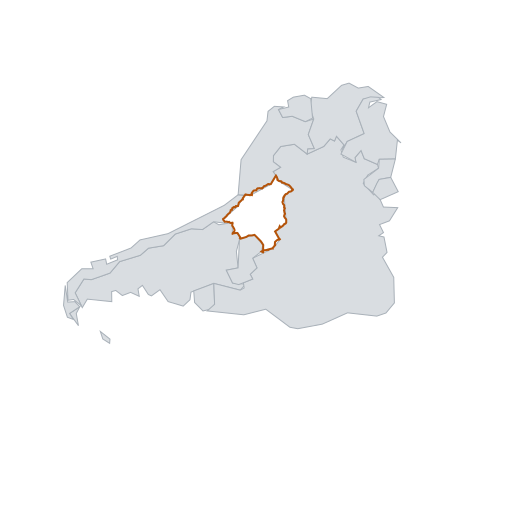 location of Bolivia within South America, rotated 58°
{"feature_id": "BOL", "entity_name": "Bolivia", "entity_type": "country or territory", "adm_level": 0, "iso_a3": "BOL", "parent_name": "South America", "parent_adm1": "", "projection": "robinson", "projection_center": [-65.153, -16.301], "detail": "fine", "context": "in_parent", "style": "outline", "palette": "amber", "viewbox_px": 512, "rotation_deg": 58, "n_neighbors": 12, "source": "natural_earth", "source_scale": "50m", "svg_char_len": 9047}
<svg xmlns="http://www.w3.org/2000/svg" viewBox="0 0 512 512"><g transform="rotate(58 256 256)"><path d="M205.6,432.3L209.5,438.9L221.0,443.5L205.9,444.5L205.6,432.3ZM256.9,306.3L252.2,330.3L258.1,335.2L259.9,344.3L248.1,354.7L233.7,355.3L234.4,365.8L231.6,367.7L220.7,367.9L221.3,373.5L228.3,376.4L220.4,381.6L218.7,390.3L210.9,393.2L209.7,397.3L218.3,402.5L203.2,421.9L207.7,430.7L191.4,428.9L184.3,414.1L188.8,408.2L193.1,388.9L188.5,374.6L194.1,353.7L192.4,343.0L198.3,328.9L194.6,312.8L198.7,296.3L205.2,287.4L204.5,273.8L209.8,271.0L215.0,258.5L224.3,264.0L226.3,259.4L231.9,259.7L241.7,270.2L256.6,277.5L252.3,288.7L266.5,290.2L274.4,279.7L276.6,287.5L256.9,306.3Z" fill="#d9dde1" stroke="#a8b0b8" stroke-width="1"/><path d="M205.6,432.3L205.9,444.5L212.9,444.6L208.0,448.4L195.9,445.4L179.9,433.4L195.3,440.1L198.7,433.9L205.6,432.3ZM198.5,234.3L204.2,244.7L207.4,264.4L211.5,265.1L204.5,273.8L205.2,287.4L198.7,296.3L194.6,312.8L198.3,328.9L192.4,343.0L194.1,353.7L188.5,374.6L193.1,388.9L188.8,408.2L184.3,414.1L191.4,428.9L205.8,430.4L196.2,433.7L193.9,438.9L178.5,430.2L174.5,410.5L180.5,400.9L173.7,399.3L178.8,385.1L183.9,387.0L185.9,375.4L182.8,373.9L181.6,380.9L178.7,380.1L183.0,357.7L180.9,345.8L190.4,318.8L196.2,256.0L194.6,238.7L198.5,234.3Z" fill="#d9dde1" stroke="#a8b0b8" stroke-width="1"/><path d="M237.5,428.0L249.1,423.9L252.5,426.4L245.2,429.9L237.5,428.0Z" fill="#d9dde1" stroke="#a8b0b8" stroke-width="1"/><path d="M256.9,306.3L275.0,316.7L277.7,320.6L274.5,330.1L262.9,332.7L252.6,327.3L256.9,306.3Z" fill="#d9dde1" stroke="#a8b0b8" stroke-width="1"/><path d="M276.7,326.5L275.0,316.7L256.9,306.3L276.6,287.5L276.8,283.0L272.0,280.8L273.8,271.0L268.4,270.6L266.6,261.5L256.1,260.0L258.5,237.7L254.9,227.0L245.4,226.8L243.7,212.6L219.3,200.0L219.6,189.7L204.9,196.9L193.5,196.8L193.8,188.2L185.3,191.4L180.1,188.0L176.2,177.0L181.6,164.2L196.7,158.6L199.0,140.5L196.0,131.0L200.1,128.5L197.1,124.3L208.5,122.5L210.9,127.7L218.5,129.6L229.5,121.6L225.0,119.9L222.2,111.0L230.9,112.6L242.7,104.5L246.5,105.5L246.6,118.4L251.3,126.6L266.6,123.8L266.7,119.8L282.0,122.0L290.1,110.2L296.9,124.2L294.8,134.6L303.7,135.5L303.9,141.2L307.7,137.4L322.4,143.0L324.0,149.4L347.1,150.5L369.1,163.5L373.2,176.0L371.0,185.4L352.7,208.5L348.9,235.9L339.8,259.1L334.4,265.0L306.3,275.9L299.4,297.5L276.7,326.5Z" fill="#d9dde1" stroke="#a8b0b8" stroke-width="1"/><path d="M196.7,158.6L181.6,164.2L176.2,177.0L180.1,188.0L185.3,191.4L193.8,188.2L193.5,196.8L198.6,196.5L203.0,205.7L201.6,228.1L194.6,238.7L166.4,217.6L147.2,175.1L139.7,169.1L138.8,161.1L144.3,153.5L143.7,159.3L152.7,160.0L156.7,151.2L168.2,143.0L170.4,134.4L180.7,147.3L195.9,149.6L192.7,155.4L196.7,158.6Z" fill="#d9dde1" stroke="#a8b0b8" stroke-width="1"/><path d="M211.8,127.0L208.5,122.5L197.1,124.3L200.1,128.5L196.0,131.0L199.0,140.5L196.7,158.6L192.7,155.4L195.9,149.6L180.7,147.3L170.4,134.4L158.8,131.9L150.9,124.5L160.3,112.2L156.6,93.0L158.7,85.5L167.8,80.3L171.7,71.0L189.3,63.6L179.7,82.0L186.3,94.3L209.5,99.4L207.2,118.0L211.8,127.0Z" fill="#d9dde1" stroke="#a8b0b8" stroke-width="1"/><path d="M242.7,104.5L230.9,112.6L222.2,111.0L225.0,119.9L229.5,121.6L214.6,130.0L207.2,118.0L209.5,99.4L186.3,94.3L179.7,82.0L181.7,74.6L186.4,68.0L189.6,67.0L185.8,77.9L189.9,82.0L189.2,71.6L196.6,64.8L205.3,74.0L221.8,76.7L236.9,73.1L232.7,74.7L247.6,86.4L239.3,100.2L242.7,104.5Z" fill="#d9dde1" stroke="#a8b0b8" stroke-width="1"/><path d="M263.9,123.3L253.8,126.9L248.2,123.9L246.5,105.5L239.3,100.2L247.6,86.4L260.7,100.1L256.3,111.0L263.9,123.3Z" fill="#d9dde1" stroke="#a8b0b8" stroke-width="1"/><path d="M274.0,120.9L263.9,123.3L258.5,115.1L256.3,111.0L260.7,100.1L276.8,101.3L274.0,120.9Z" fill="#d9dde1" stroke="#a8b0b8" stroke-width="1"/><path d="M169.1,135.0L168.2,143.0L156.7,151.2L152.7,160.0L143.7,159.3L147.0,149.3L141.0,146.9L141.1,140.1L145.3,129.7L151.6,126.2L169.1,135.0Z" fill="#d9dde1" stroke="#a8b0b8" stroke-width="1"/><path d="M255.0,249.1L256.1,260.0L266.6,261.5L268.4,270.6L273.8,271.0L271.1,285.8L266.5,290.2L252.3,288.7L256.6,277.5L232.7,260.9L237.2,246.0L250.4,244.4L255.0,249.1Z" fill="#d9dde1" stroke="#a8b0b8" stroke-width="1"/><path d="M198.9,233.9L198.9,233.6L198.8,233.2L198.6,232.9L198.3,232.7L198.2,232.4L198.3,232.1L198.9,231.6L199.2,231.5L199.3,231.2L199.5,231.0L200.1,230.2L200.4,229.7L200.7,229.3L201.1,229.1L201.3,228.9L201.2,228.4L201.2,228.0L201.4,227.8L201.7,227.5L202.1,227.3L202.2,227.2L201.8,226.8L201.2,226.5L200.7,226.5L200.4,226.3L200.3,226.1L199.4,223.8L199.3,223.2L199.9,221.9L200.1,221.5L200.5,220.9L200.4,220.7L199.7,219.8L199.5,219.4L199.5,218.9L199.6,218.4L200.0,218.1L200.1,217.7L200.2,217.3L200.3,217.1L200.5,216.9L200.7,216.6L201.1,216.3L201.3,216.0L201.3,215.4L201.5,215.2L201.9,215.0L202.0,214.9L201.9,214.4L201.6,214.0L201.5,213.7L201.2,212.6L201.0,212.1L201.1,211.9L201.2,211.6L201.4,211.0L201.5,210.4L201.4,208.0L201.4,207.5L201.6,207.2L202.0,206.8L202.2,206.6L202.5,206.4L202.5,206.0L202.7,205.7L202.9,205.3L202.2,204.0L201.6,202.9L201.1,201.8L200.4,200.5L200.0,199.7L199.5,198.7L199.0,197.8L198.4,196.5L198.9,196.5L200.1,196.5L201.3,196.8L202.0,196.9L202.3,197.0L202.4,197.3L202.6,197.5L202.9,197.4L203.2,197.4L203.8,197.1L204.3,196.9L204.7,196.6L204.9,196.4L205.5,195.6L205.9,195.1L206.3,194.9L207.1,194.9L207.3,195.0L207.7,195.0L207.9,194.5L208.4,194.0L209.2,193.3L209.6,193.1L209.9,192.9L210.3,192.9L210.7,192.6L212.6,191.0L213.4,190.5L213.9,190.4L214.3,190.3L215.0,190.1L216.7,189.9L217.7,189.8L218.1,190.0L218.5,189.9L218.8,189.6L219.1,189.4L219.3,189.5L219.6,189.9L219.7,190.4L219.6,190.7L219.7,191.2L219.8,191.9L219.7,192.5L219.3,193.3L219.1,193.7L219.0,194.0L219.1,194.4L219.3,195.2L219.6,196.2L219.7,196.9L219.4,197.4L219.3,197.8L219.3,198.2L219.4,198.4L219.6,198.6L219.7,198.9L219.7,199.3L219.9,199.7L220.3,200.1L220.4,200.5L220.3,200.8L220.4,201.1L220.5,201.2L220.8,201.0L221.1,201.5L221.3,202.0L221.3,202.3L221.7,202.5L222.1,202.7L222.4,202.8L222.8,203.3L223.2,203.7L223.7,203.9L223.9,204.3L224.2,205.0L225.0,205.2L226.0,205.4L226.6,205.5L227.3,205.2L227.8,205.2L228.3,205.4L228.6,205.6L229.0,205.9L229.5,206.4L230.0,206.5L230.4,206.3L230.7,206.2L230.9,206.3L231.1,206.8L231.2,207.1L231.5,207.3L232.1,207.9L232.4,208.2L232.8,208.2L233.6,208.6L234.5,208.9L234.9,209.0L235.4,208.9L235.7,209.1L235.8,209.6L236.5,210.5L236.9,210.9L237.3,211.2L238.4,211.2L238.7,211.3L239.2,211.2L240.6,211.0L240.9,211.0L241.7,211.4L242.6,212.0L243.3,212.4L243.7,212.7L243.9,213.1L244.1,213.5L244.2,214.0L244.1,214.5L243.9,214.6L243.9,214.9L243.9,215.4L244.2,215.8L244.4,216.3L244.5,217.1L244.7,217.4L244.8,220.1L244.2,220.1L243.3,220.1L243.5,220.4L244.3,221.4L245.0,222.3L245.1,223.8L245.1,224.7L245.2,226.0L245.3,226.8L247.0,226.9L249.0,227.0L251.3,227.1L253.4,227.2L253.6,227.1L254.0,227.0L254.2,226.9L254.4,226.9L254.4,227.2L254.3,227.6L254.3,228.1L253.7,229.0L253.7,229.3L253.8,230.5L254.0,231.4L254.1,232.3L254.3,232.6L255.0,233.0L256.1,233.9L256.5,234.0L256.9,233.9L257.1,234.2L257.1,234.8L257.7,236.4L258.0,237.4L258.2,237.7L258.5,237.9L258.4,238.0L258.2,238.1L258.1,238.3L257.8,239.4L257.3,240.9L257.0,241.9L257.3,241.9L257.3,242.2L257.3,242.6L257.0,242.7L256.9,242.8L256.5,243.7L256.1,244.8L255.5,245.9L255.2,246.6L255.7,247.1L256.6,248.0L256.4,248.2L256.1,248.3L255.8,248.4L255.5,248.7L255.4,248.9L255.1,249.0L255.2,248.1L255.1,247.2L253.6,246.1L252.2,245.2L250.5,244.0L248.3,244.0L246.0,244.1L243.8,244.6L241.6,245.1L240.6,245.3L238.5,245.8L237.3,246.1L237.0,247.0L236.5,248.4L236.0,249.2L235.5,250.1L234.7,251.3L234.7,252.8L234.7,254.1L234.2,256.1L233.7,257.8L233.3,259.4L232.9,260.5L232.8,260.8L232.8,260.7L232.4,260.4L232.0,259.8L231.9,259.5L229.8,259.5L227.8,259.5L227.6,259.6L227.3,259.6L227.1,259.5L226.9,259.5L226.6,259.6L226.3,259.9L225.5,261.6L225.2,262.3L224.9,262.9L224.7,264.0L224.3,263.8L224.0,262.8L223.8,262.2L223.6,261.6L223.2,260.8L222.7,260.5L222.5,260.4L222.0,260.3L221.3,260.1L221.0,260.1L218.9,260.0L218.7,260.0L217.9,260.1L217.5,260.0L217.0,259.6L216.1,258.8L215.9,258.5L215.5,258.4L215.3,258.3L215.1,258.5L215.0,259.2L214.8,259.8L214.5,260.1L213.9,260.4L213.2,260.6L212.8,260.7L212.7,261.0L212.6,261.4L212.4,261.8L211.5,262.4L211.3,262.6L211.2,263.2L210.6,263.9L210.5,264.2L209.7,264.3L208.6,264.6L208.0,264.5L207.5,264.5L207.4,264.4L207.1,264.2L207.1,263.9L207.1,263.6L207.1,263.1L207.1,262.3L206.7,261.4L206.8,261.1L206.7,260.6L206.6,259.8L206.1,259.4L206.0,258.7L205.9,258.1L205.6,257.3L205.5,256.3L205.5,255.5L204.9,254.5L204.3,253.5L203.8,253.3L203.7,253.2L203.7,252.9L203.6,252.5L203.7,252.2L204.1,251.7L203.0,250.9L202.8,250.7L202.7,250.4L202.7,250.2L202.9,250.0L203.0,249.8L202.8,249.4L202.8,248.9L202.7,248.7L202.8,248.5L203.5,248.3L203.7,247.9L203.7,247.5L203.6,247.3L203.0,246.6L203.6,245.6L204.0,245.0L204.1,244.8L204.1,244.7L203.7,244.3L203.4,244.1L203.1,243.8L202.7,243.3L202.2,242.9L201.8,242.5L201.6,242.2L201.6,241.9L201.6,241.3L201.3,240.4L201.3,239.8L201.2,239.1L201.0,238.7L201.0,238.3L200.8,237.8L200.7,237.5L200.9,237.3L201.0,237.1L200.0,236.5L199.9,236.4L199.7,235.4L199.0,234.5L198.9,233.9Z" fill="none" stroke="#b45309" stroke-width="2"/></g></svg>